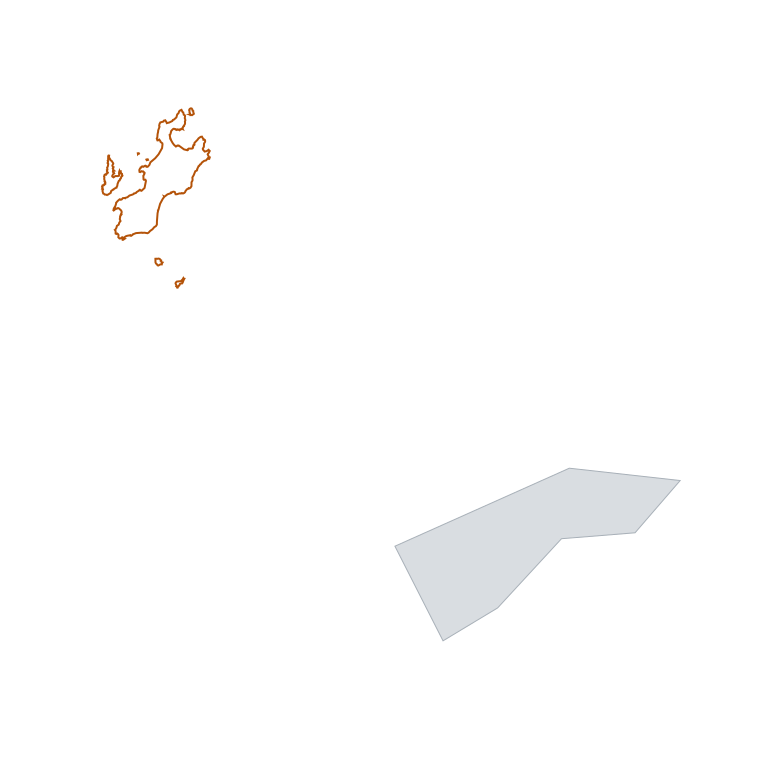 Praslin, Baie Sainte Anne, Seychelles shown in context, rotated 278°
{"feature_id": "34574756B43978553392406", "entity_name": "Praslin", "entity_type": "district", "adm_level": 2, "iso_a3": "SYC", "parent_name": "Seychelles", "parent_adm1": "Baie Sainte Anne", "projection": "mercator", "projection_center": [55.728, -4.319], "detail": "fine", "context": "in_parent", "style": "outline", "palette": "amber", "viewbox_px": 768, "rotation_deg": 278, "n_neighbors": 0, "source": "geoboundaries", "source_scale": "gbopen_adm2", "svg_char_len": 6161}
<svg xmlns="http://www.w3.org/2000/svg" viewBox="0 0 768 768"><g transform="rotate(278 384 384)"><path d="M326.4,579.2L329.6,690.7L271.6,653.3L255.5,581.3L178.1,527.7L137.9,478.2L224.9,417.4L326.4,579.2Z" fill="#d9dde1" stroke="#a8b0b8" stroke-width="1"/><path d="M518.6,92.0L517.7,91.5L518.7,92.8L519.4,93.1L519.7,93.5L520.5,94.0L520.2,94.4L520.3,94.9L521.2,96.0L521.2,96.4L520.9,97.2L519.2,99.6L517.9,100.3L517.0,100.3L516.2,100.0L515.7,100.4L515.3,100.0L515.1,100.3L513.4,99.3L513.0,99.5L510.5,99.4L508.7,100.4L507.0,99.4L504.9,99.1L503.4,97.5L501.5,97.3L499.3,96.4L499.1,96.1L498.2,96.9L495.6,97.3L495.3,98.1L495.9,98.8L495.5,99.6L494.6,100.4L492.3,100.5L491.3,101.8L491.6,103.1L492.9,104.3L492.8,104.7L491.7,105.9L490.7,105.0L490.4,105.1L490.5,105.6L491.7,106.9L491.8,106.0L492.7,106.1L494.3,107.7L495.0,109.0L496.0,111.9L495.6,112.0L495.5,112.9L496.6,114.2L497.2,114.4L498.9,117.4L500.2,123.2L500.0,123.5L500.5,125.8L500.4,128.8L501.1,129.8L503.0,131.1L505.0,133.2L507.4,134.7L508.5,136.1L510.2,136.9L513.6,136.5L521.6,136.0L524.3,136.2L524.6,136.0L525.1,136.4L531.3,137.2L536.7,139.2L538.8,140.4L539.1,140.2L539.0,140.5L539.4,141.0L541.7,143.2L543.4,146.6L544.0,146.4L544.2,146.6L544.2,147.1L544.8,147.9L545.2,149.0L545.0,150.1L542.9,151.2L543.0,152.3L544.3,155.0L544.3,155.9L544.9,157.0L544.9,157.4L544.6,157.3L544.8,158.7L545.5,159.7L546.3,160.3L547.8,160.7L548.3,161.2L549.2,161.5L550.1,162.8L550.6,163.1L550.4,163.4L550.8,163.7L550.7,164.2L551.5,165.1L553.1,165.8L557.0,165.3L558.7,166.0L559.7,166.0L561.9,165.5L564.3,166.5L568.4,167.5L569.4,169.0L570.1,169.2L570.5,169.0L574.0,170.1L574.2,170.6L575.7,171.2L575.8,171.6L576.7,172.3L577.9,172.8L579.9,174.8L580.7,176.7L583.0,178.1L582.5,178.7L582.6,179.6L584.1,179.9L584.1,179.3L586.9,177.4L587.5,177.6L588.3,178.2L590.5,179.0L591.0,178.4L590.9,177.9L591.4,177.6L590.0,176.1L589.2,174.1L590.9,172.1L591.8,171.8L593.8,172.6L597.1,172.3L598.8,173.1L599.7,173.1L600.6,172.8L600.8,172.5L600.7,171.2L601.7,171.1L601.8,170.6L603.6,169.3L603.2,168.0L601.5,166.2L599.8,165.3L596.6,162.9L596.1,162.7L595.0,162.9L594.7,162.6L594.4,162.9L593.7,162.4L593.7,162.0L592.0,161.7L591.5,162.0L590.8,161.7L590.4,161.1L589.9,157.8L589.1,157.0L588.4,157.2L588.1,156.8L588.5,153.3L591.6,147.5L591.2,146.9L591.4,146.2L590.2,144.9L591.6,142.8L593.2,141.2L596.3,138.8L596.3,139.0L598.3,137.9L600.8,137.1L601.0,137.5L602.3,137.8L605.0,138.1L607.0,139.5L607.5,140.3L607.4,141.8L607.1,141.9L606.7,143.0L607.1,143.3L607.0,143.7L607.3,143.8L607.5,144.4L607.1,145.3L607.6,146.2L607.1,146.5L608.4,147.7L608.2,148.2L608.6,148.8L608.5,149.1L609.1,148.7L609.3,149.1L610.6,149.2L611.4,149.9L611.6,149.7L613.4,150.6L614.7,150.7L616.4,150.3L617.3,150.6L619.2,150.1L619.4,150.5L619.4,149.8L619.8,149.7L621.8,149.7L622.4,149.3L622.8,148.2L625.0,147.4L625.2,146.7L627.3,145.3L626.4,143.9L625.5,143.2L623.5,142.8L622.2,141.7L619.1,141.3L616.6,139.2L616.1,138.2L615.0,137.8L613.1,135.0L612.1,132.6L613.0,132.1L614.7,130.7L614.1,129.3L613.2,129.1L611.9,126.1L610.2,125.5L608.3,125.4L607.5,125.9L603.7,125.1L602.3,125.2L599.9,125.0L596.6,125.2L595.5,124.8L593.7,125.7L593.7,126.2L594.8,127.3L593.7,128.5L592.7,129.0L591.5,131.0L590.5,131.3L586.7,131.4L580.1,128.8L575.7,126.0L571.0,121.8L568.3,121.2L566.2,119.7L566.0,118.5L566.8,118.0L567.0,117.5L566.8,116.9L565.6,115.5L565.6,115.0L565.9,114.7L565.6,113.8L564.8,113.4L564.5,112.9L564.1,113.0L563.2,112.3L561.8,111.9L560.0,112.4L559.9,113.1L561.0,114.4L560.7,115.4L561.0,115.8L559.9,117.5L559.5,117.6L558.9,117.2L558.3,117.4L556.7,116.7L553.2,117.4L552.8,117.9L553.1,119.3L552.0,120.0L544.8,119.6L541.7,117.1L541.5,116.7L542.4,115.2L542.3,114.9L541.6,114.7L539.6,112.3L538.6,111.7L537.8,109.8L537.5,109.8L536.7,108.8L535.2,105.7L533.3,104.0L532.4,102.1L531.9,101.8L532.1,101.2L531.7,99.5L530.3,98.6L529.8,97.7L530.2,96.7L530.0,96.4L528.3,94.9L526.2,93.5L525.3,93.6L522.9,93.2L520.7,92.2L519.6,91.9L518.6,92.0ZM540.1,77.3L539.9,77.8L539.3,78.0L538.1,77.7L538.1,78.4L537.7,78.7L536.1,78.3L533.6,79.4L533.5,80.0L532.7,81.2L532.9,82.1L532.6,83.3L532.8,83.4L533.1,84.3L535.3,86.8L537.0,86.9L538.7,88.5L538.8,89.0L539.3,89.2L540.2,90.2L541.3,91.9L542.1,91.8L543.0,92.3L545.1,92.3L547.9,93.0L548.4,93.2L548.8,93.9L550.5,94.2L550.9,94.8L552.9,95.0L553.2,95.6L553.9,96.0L554.2,95.8L554.0,95.5L554.5,95.6L555.6,95.3L555.8,94.3L556.4,93.6L556.8,93.5L557.0,93.8L557.2,93.6L558.0,93.7L558.0,92.8L557.7,92.6L558.1,92.4L557.1,92.2L556.6,92.6L555.9,92.2L555.1,92.6L553.3,92.5L552.8,91.3L552.5,89.0L551.0,87.4L551.5,86.3L552.0,85.9L552.6,86.0L554.5,86.8L554.9,87.4L556.4,86.0L556.9,86.1L556.9,86.3L557.3,86.0L557.8,86.0L557.9,86.7L558.1,86.4L559.7,85.4L560.3,85.9L561.1,86.0L561.2,85.4L562.4,84.6L563.4,84.8L564.2,85.2L564.8,85.2L567.0,83.3L567.6,81.9L568.4,81.6L569.9,80.3L570.7,80.0L571.9,80.0L571.9,79.4L571.2,79.1L570.6,79.6L569.5,79.3L567.9,79.7L566.7,79.3L566.0,79.8L564.3,79.5L564.0,79.8L564.0,80.1L563.5,80.3L560.8,80.2L559.8,79.7L557.8,80.3L557.3,79.8L556.1,80.3L555.5,80.1L554.9,81.1L554.1,80.8L553.2,79.6L552.5,79.5L552.5,79.0L552.8,78.9L552.3,78.2L550.5,77.9L550.0,78.3L548.0,78.4L546.2,79.2L545.9,79.1L545.7,79.5L545.2,79.5L544.9,80.0L544.4,80.0L543.7,79.6L543.3,80.1L541.9,79.0L541.5,78.4L541.8,78.1L541.5,77.6L540.1,77.3ZM476.2,140.2L472.6,140.8L471.5,141.5L471.2,142.2L470.0,143.3L469.9,144.0L471.4,146.0L471.5,147.3L472.7,147.4L473.5,147.8L473.6,147.0L474.0,146.5L475.2,146.2L475.1,145.8L475.4,145.8L476.7,144.4L476.8,143.1L476.4,142.1L476.4,141.1L476.2,140.2ZM456.6,164.6L455.5,163.7L454.5,163.6L452.5,164.9L451.9,164.6L451.3,165.5L450.7,165.7L450.7,166.2L451.7,166.4L451.9,166.8L452.8,167.1L453.1,167.6L454.7,168.0L455.6,169.6L455.5,170.0L456.3,170.5L458.7,171.0L460.4,171.6L460.4,171.1L461.0,170.6L459.5,170.0L458.5,169.2L457.8,169.3L456.6,164.6ZM629.3,153.3L628.1,152.9L627.5,153.4L626.1,153.5L624.8,154.4L623.9,154.3L623.8,154.0L623.7,154.5L623.3,154.8L623.5,155.4L623.5,156.5L625.1,158.1L626.7,157.3L627.8,157.1L628.0,156.4L629.2,156.0L630.1,155.1L630.0,154.1L629.3,153.3ZM573.1,119.1L573.6,118.8L573.5,118.1L573.2,117.5L572.6,117.9L573.1,119.1ZM578.2,108.1L577.5,108.3L577.8,108.5L577.8,109.1L578.0,109.3L578.4,109.0L578.2,108.1Z" fill="none" stroke="#b45309" stroke-width="2"/></g></svg>